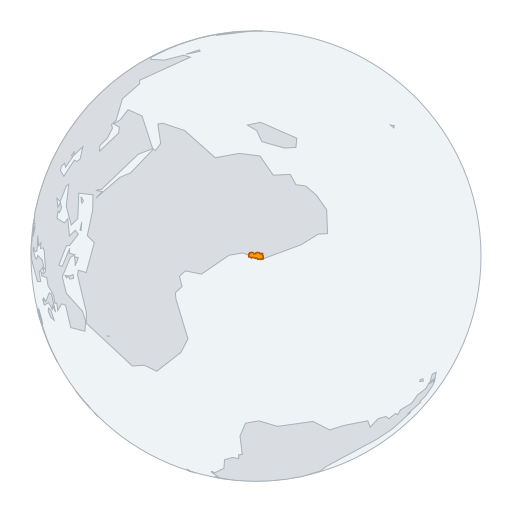 Namibe on an orthographic globe, rotated 267°
{"feature_id": "AGO-1893", "entity_name": "Namibe", "entity_type": "Province", "adm_level": 1, "iso_a3": "AGO", "parent_name": "Angola", "parent_adm1": "", "projection": "orthographic", "projection_center": [12.66, -15.394], "detail": "fine", "context": "on_globe", "style": "filled", "palette": "amber", "viewbox_px": 512, "rotation_deg": 267, "n_neighbors": 0, "source": "natural_earth", "source_scale": "10m", "svg_char_len": 6705}
<svg xmlns="http://www.w3.org/2000/svg" viewBox="0 0 512 512"><g transform="rotate(267 256 256)"><circle cx="256" cy="256" r="225" fill="#eef3f6" stroke="#a8b0b8"/><path d="M130.5,68.9L127.5,71.0L124.8,72.9L130.5,68.9ZM108.3,85.9L106.6,87.4L104.1,89.6L108.3,85.9ZM35.5,209.8L37.1,203.5L34.6,215.9L37.6,202.7L37.3,206.9L42.7,200.0L41.6,203.3L45.7,212.9L54.1,213.9L56.0,221.9L54.6,228.3L58.4,228.2L58.5,231.9L77.2,230.6L89.6,236.8L91.2,250.3L84.7,268.7L87.8,304.2L78.5,320.5L82.2,335.2L85.6,359.0L79.1,361.1L87.3,369.6L88.9,377.4L86.5,380.1L91.5,387.2L90.0,389.1L94.9,392.3L100.7,403.7L108.6,409.9L114.9,418.8L120.2,422.1L119.5,422.8L121.0,425.2L123.9,427.5L118.2,426.2L107.3,417.9L102.4,412.4L101.4,412.7L90.1,398.9L92.1,402.5L76.8,384.1L66.8,367.3L45.6,322.4L42.1,315.0L38.1,309.6L33.5,291.1L31.5,274.9L30.7,258.5L31.1,242.2L32.7,225.9L35.5,209.8ZM130.4,429.8L120.1,427.4L124.6,428.1L120.9,423.1L128.8,425.9L130.4,429.8ZM122.3,416.5L122.1,412.9L124.0,413.6L124.6,416.3L122.3,416.5ZM476.8,211.4L478.0,217.6L478.9,223.3L481.1,246.0L481.0,244.2L479.6,228.9L478.6,222.1L476.3,208.9L470.5,187.3L470.1,187.5L467.7,179.9L459.7,161.2L457.8,161.4L456.4,174.6L460.3,194.2L458.0,200.8L445.2,168.2L437.6,149.0L434.1,148.8L420.0,130.8L398.8,123.4L394.8,118.5L391.1,119.4L381.0,113.3L374.5,105.9L368.8,105.2L385.9,125.2L391.8,126.3L395.4,120.7L399.2,127.7L408.8,135.9L401.7,149.6L368.6,158.4L363.8,143.7L330.4,104.9L330.5,101.3L330.3,100.9L329.8,100.1L328.4,105.8L322.1,99.1L341.6,124.1L345.6,135.2L368.2,159.2L366.5,161.1L373.3,166.7L393.0,164.9L393.5,169.8L385.1,191.2L356.3,220.4L359.3,244.6L355.7,265.2L335.8,277.4L335.7,294.5L325.1,299.6L323.2,309.4L313.6,319.5L298.4,329.0L274.6,328.6L274.6,319.3L264.9,301.7L252.2,261.0L259.7,242.8L258.2,229.2L240.8,200.6L244.8,184.7L239.7,178.5L229.5,180.6L223.5,173.5L217.2,173.8L176.8,183.7L163.7,176.0L146.1,150.8L152.8,138.7L152.6,126.8L197.7,83.1L208.9,83.6L246.2,76.8L251.1,77.8L248.4,85.6L277.8,95.2L285.2,88.6L310.1,95.3L325.6,96.4L328.1,82.3L302.7,80.0L296.6,73.1L315.6,69.1L337.5,72.8L335.8,70.3L320.6,63.3L324.1,60.1L315.1,60.8L319.8,63.5L314.3,64.3L309.6,62.0L311.1,60.7L304.1,59.2L299.0,66.5L303.2,70.0L285.8,70.7L291.2,76.9L287.0,79.7L276.2,70.3L276.1,67.1L257.3,58.7L255.8,61.9L273.5,70.4L268.6,69.7L266.7,75.3L264.3,70.5L245.4,61.5L228.7,64.6L209.8,79.9L199.5,82.5L189.8,81.2L194.2,67.3L216.7,63.3L218.5,59.4L211.9,55.2L219.3,54.7L219.3,52.8L227.6,51.7L237.3,46.8L245.4,45.9L247.2,41.2L251.6,40.4L249.3,43.2L252.0,45.1L272.0,44.8L275.2,43.9L274.8,41.2L280.4,41.9L277.4,39.4L287.9,39.2L272.6,37.6L271.7,35.5L276.9,34.4L273.9,33.7L265.3,35.6L264.4,36.8L268.0,38.1L263.1,42.4L256.6,43.3L251.4,38.6L241.7,39.7L241.9,36.4L264.8,31.6L275.4,31.8L297.1,35.2L295.8,35.7L287.3,34.4L296.9,37.0L295.3,36.1L299.9,37.0L300.2,36.1L303.5,36.7L298.1,35.0L302.2,35.8L305.5,36.9L309.4,37.2L315.4,38.7L331.2,43.7L346.6,49.8L361.6,57.0L375.9,65.3L389.6,74.6L402.6,85.0L414.8,96.2L426.1,108.3L436.5,121.2L446.0,134.9L454.4,149.2L461.7,164.1L467.9,179.5L472.9,195.3L476.8,211.4ZM184.2,102.4L183.4,105.8L184.2,102.4ZM362.3,85.5L374.3,88.9L366.1,79.4L370.0,80.1L365.8,76.9L365.4,78.7L354.6,70.5L358.7,69.7L355.8,66.4L351.6,65.2L345.7,68.2L361.2,79.6L359.7,82.3L362.3,85.5ZM42.9,199.6L43.2,201.2L42.2,202.3L42.9,199.6ZM45.8,176.9L46.5,176.5L45.0,179.0L45.8,176.9ZM44.7,177.8L45.1,177.8L42.4,184.4L42.4,184.5L44.7,177.8ZM119.2,77.5L115.0,81.2L116.7,79.4L113.2,82.2L112.3,82.5L125.9,72.1L119.9,76.5L119.2,77.5ZM211.5,45.7L214.9,46.1L212.7,48.2L202.4,51.1L205.5,47.9L211.5,45.7ZM220.4,46.4L218.0,42.0L224.3,40.6L221.2,42.0L225.6,41.5L221.7,43.8L230.0,47.6L228.6,49.8L210.4,52.9L217.1,50.4L213.3,49.8L220.4,46.4ZM201.0,38.8L200.0,38.5L214.9,35.6L214.1,36.4L203.7,38.8L198.7,39.5L201.0,38.8ZM214.1,34.7L213.8,34.7L212.6,34.9L214.1,34.7ZM208.9,35.7L208.0,35.9L212.1,35.1L181.8,43.3L170.8,47.5L162.9,51.1L160.4,52.0L176.1,45.4L192.3,39.9L208.9,35.7ZM255.7,74.9L259.3,75.1L264.8,74.7L263.7,78.5L255.7,74.9ZM242.7,68.6L245.8,68.0L246.9,72.5L243.1,72.6L242.7,68.6ZM246.6,64.2L245.9,67.6L244.0,65.8L246.6,64.2ZM252.1,42.8L255.4,42.4L256.1,43.0L254.7,44.0L252.1,42.8ZM324.3,84.3L320.4,86.6L317.8,85.0L319.7,84.5L324.3,84.3ZM291.0,81.6L299.1,83.8L290.6,82.6L291.0,81.6ZM379.8,397.0L379.0,401.0L376.7,400.3L379.8,397.0ZM389.3,267.5L371.5,302.9L362.3,301.5L362.3,289.9L369.9,267.8L381.2,263.3L387.2,254.3L389.3,267.5ZM480.5,274.5L481.0,265.3L478.4,227.6L479.4,230.8L481.2,250.4L480.5,274.5ZM461.1,196.4L464.9,210.2L463.3,210.8L461.1,196.4Z" fill="#d9dde1" stroke="#a8b0b8" stroke-width="1"/><path d="M258.0,262.2L257.9,262.1L257.7,262.2L257.3,262.2L257.1,262.3L256.9,262.4L256.8,262.5L256.7,262.6L256.5,262.8L256.3,262.8L256.2,263.0L255.9,263.0L255.7,263.2L255.3,263.2L255.2,263.2L254.9,263.2L254.7,263.2L254.4,263.2L254.2,263.0L254.2,262.9L253.9,262.9L253.6,262.9L253.5,263.0L253.3,263.0L253.1,263.2L252.9,263.3L252.7,263.3L252.6,263.2L252.6,262.5L252.7,262.1L252.7,261.8L252.6,261.5L252.6,261.4L252.7,261.6L252.8,261.6L252.8,261.2L252.8,260.7L252.8,260.3L252.7,258.8L252.7,258.7L252.8,258.5L252.7,258.3L252.5,258.0L252.5,257.8L252.6,257.6L252.8,257.5L253.1,257.4L253.2,257.2L253.5,256.9L253.5,256.7L253.6,256.4L253.6,256.2L253.7,255.8L253.7,255.4L253.8,255.3L253.9,255.1L254.0,255.2L254.0,254.9L253.9,254.9L254.0,254.7L254.1,254.3L254.1,254.2L254.3,253.9L254.4,253.7L254.5,253.6L254.5,253.4L254.5,253.2L254.6,252.8L254.6,252.5L254.7,252.4L254.7,252.2L254.8,252.0L254.8,251.7L254.7,251.5L254.7,251.4L254.7,251.2L254.8,251.2L254.8,250.9L254.7,250.9L254.8,250.8L254.8,250.7L254.9,250.4L255.0,250.3L255.0,250.2L255.3,250.0L255.4,249.8L255.5,249.4L255.4,249.0L255.5,249.0L255.5,248.9L255.6,248.7L255.8,248.7L256.2,248.8L256.4,248.8L256.6,248.9L256.8,249.0L257.0,249.0L257.4,248.8L257.5,248.8L257.5,248.7L258.4,248.8L258.5,248.9L258.4,249.1L258.4,249.3L258.5,249.4L258.6,249.6L258.7,249.8L258.8,249.8L259.0,249.8L259.3,249.9L259.5,249.9L259.5,250.1L259.7,250.3L259.7,250.5L259.5,250.9L259.6,251.2L259.6,251.3L259.7,251.5L259.8,251.5L259.9,252.3L259.7,252.6L259.7,252.8L259.6,253.0L259.5,253.3L259.4,253.4L258.7,253.9L258.5,254.0L258.4,254.0L258.3,254.5L258.2,254.7L258.2,254.8L258.4,255.1L258.2,255.3L258.2,255.5L258.4,255.5L258.5,255.6L258.6,255.8L258.7,255.7L258.8,255.7L258.9,255.8L258.9,256.0L259.0,256.1L259.1,256.3L259.4,256.5L259.4,257.3L259.5,257.7L259.5,257.8L259.2,258.4L259.2,258.5L259.2,258.8L259.3,259.0L259.2,259.3L258.9,259.7L258.6,259.8L258.4,259.9L258.3,260.0L258.2,260.0L258.1,260.3L258.2,260.5L258.0,260.8L257.9,260.9L257.8,261.0L258.0,261.4L258.4,261.8L258.5,262.0L258.4,262.2L258.3,262.3L258.3,262.2L258.2,262.2L258.0,262.2ZM252.5,260.8L252.5,261.0L252.4,261.1L252.3,260.6L252.3,260.4L252.5,260.4L252.5,260.6L252.5,260.8Z" fill="#f59e0b" stroke="#b45309" stroke-width="1.5"/></g></svg>